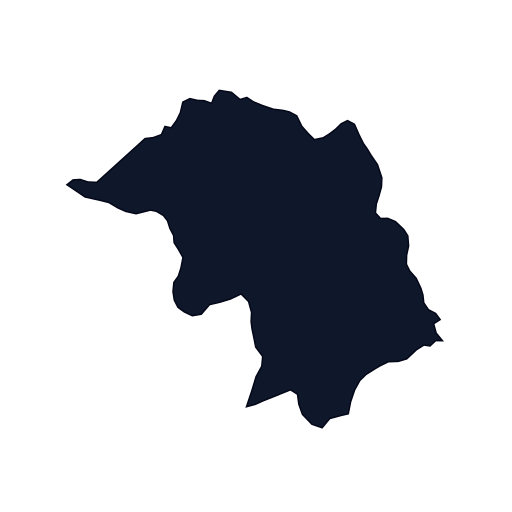 outline of Salto, São Paulo, Brazil, rotated 191°
{"feature_id": "56859067B45487526391276", "entity_name": "Salto", "entity_type": "district", "adm_level": 2, "iso_a3": "BRA", "parent_name": "Brazil", "parent_adm1": "São Paulo", "projection": "natural_earth1", "projection_center": [-47.302, -23.174], "detail": "fine", "context": "isolated", "style": "filled", "palette": "ink", "viewbox_px": 512, "rotation_deg": 191, "n_neighbors": 0, "source": "geoboundaries", "source_scale": "gbopen_adm2", "svg_char_len": 1750}
<svg xmlns="http://www.w3.org/2000/svg" viewBox="0 0 512 512"><g transform="rotate(191 256 256)"><path d="M56.8,208.4L64.4,214.7L68.7,223.4L63.1,228.7L68.7,233.9L76.5,236.2L82.4,242.1L84.7,249.6L88.0,255.8L94.5,264.7L102.2,270.6L106.8,276.6L108.3,285.6L108.1,294.9L110.8,304.7L116.0,310.2L125.7,316.4L133.9,318.1L140.9,316.6L147.0,321.1L147.8,330.1L146.8,337.9L146.0,347.8L147.4,356.8L154.2,368.9L162.5,377.1L167.1,382.2L172.0,386.9L178.0,394.7L184.5,404.1L192.0,406.4L197.6,402.1L202.1,395.6L207.5,389.6L212.6,384.9L220.9,381.4L228.0,386.1L235.8,392.1L242.8,401.4L250.6,403.8L257.2,404.1L267.1,403.4L278.6,405.0L288.1,406.9L295.2,409.9L301.5,406.6L311.3,412.0L323.7,411.6L327.4,404.9L328.7,397.4L336.5,398.6L343.1,397.6L350.9,397.9L357.2,393.1L357.6,382.3L359.9,373.9L363.7,365.7L370.1,365.8L372.0,357.1L379.5,352.6L387.3,350.1L426.4,297.9L435.2,296.6L443.2,297.6L450.1,295.8L455.2,289.9L435.0,281.3L419.5,280.9L410.6,280.4L400.9,276.9L392.3,274.9L381.8,274.6L374.3,278.1L368.4,280.9L362.4,280.9L354.6,278.1L349.6,273.7L345.8,266.7L340.8,260.4L338.9,253.4L333.6,247.9L327.4,240.6L327.4,229.9L328.4,221.4L331.6,214.4L330.7,205.2L327.8,197.1L322.8,190.7L315.7,187.4L307.1,185.2L298.6,188.4L292.3,199.4L282.7,203.7L272.9,208.9L263.4,215.9L254.6,209.9L249.6,199.7L248.3,190.7L246.0,183.7L242.1,174.4L238.9,166.5L230.3,158.7L229.3,148.9L232.9,137.6L233.7,129.7L234.5,121.9L235.6,113.7L236.6,106.2L228.4,110.2L221.8,114.9L196.6,131.2L188.9,128.2L185.7,118.7L180.2,109.4L169.0,101.5L158.3,100.0L152.6,110.5L142.0,115.7L135.3,118.7L135.3,130.9L133.6,143.4L130.3,153.6L125.4,160.7L118.3,167.4L113.6,171.6L106.0,177.4L96.2,179.7L88.4,183.8L80.5,194.7L74.2,200.6L68.0,200.9L63.5,207.2L56.8,208.4Z" fill="#0f172a" stroke="#020617" stroke-width="1.5"/></g></svg>